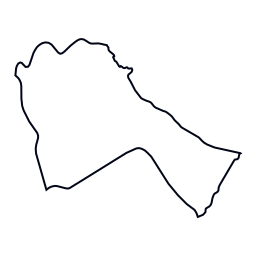 map outline of Sennar (Albers equal-area conic projection)
{"feature_id": "SDN-880", "entity_name": "Sennar", "entity_type": "Region", "adm_level": 1, "iso_a3": "SDN", "parent_name": "Sudan", "parent_adm1": "", "projection": "albers", "projection_center": [34.248, 12.985], "detail": "fine", "context": "isolated", "style": "outline", "palette": "ink", "viewbox_px": 256, "rotation_deg": 0, "n_neighbors": 0, "source": "natural_earth", "source_scale": "10m", "svg_char_len": 2284}
<svg xmlns="http://www.w3.org/2000/svg" viewBox="0 0 256 256"><path d="M205.6,209.9L205.5,211.4L205.4,212.2L203.0,214.8L197.8,216.9L196.5,213.1L194.9,210.4L194.3,209.7L186.8,204.1L178.1,195.4L168.5,183.8L151.3,156.7L147.5,152.8L144.8,150.4L141.8,148.8L139.1,148.1L136.4,148.4L126.4,152.9L69.8,188.0L68.4,188.5L66.1,188.4L57.2,186.1L55.0,185.9L53.3,186.2L51.6,186.6L50.0,187.3L48.7,188.0L46.4,189.8L36.1,153.6L35.7,148.7L36.3,144.5L38.1,138.0L38.1,135.5L37.2,132.9L29.2,121.5L23.6,110.3L22.2,105.9L21.4,98.7L21.3,86.1L20.9,83.1L20.1,81.1L19.1,79.2L18.1,77.9L15.4,75.4L16.1,68.4L16.8,66.1L18.2,63.6L20.1,62.5L21.7,62.9L25.5,66.9L27.9,66.8L29.5,64.8L33.4,53.2L34.9,50.3L36.9,47.2L39.4,44.9L42.2,43.2L45.4,42.4L48.6,42.8L51.6,44.6L58.1,52.5L60.0,53.7L61.9,53.4L64.2,51.8L70.6,45.6L75.5,41.7L78.1,40.0L80.2,39.2L81.3,39.1L82.3,39.2L83.5,39.4L84.4,39.8L89.5,43.0L90.5,43.4L92.6,43.6L98.3,43.4L101.9,44.0L103.6,44.5L106.8,45.1L107.3,46.1L108.2,47.2L108.4,47.4L108.4,47.8L108.5,49.4L108.7,50.0L109.1,50.7L109.9,51.6L113.3,54.3L114.0,55.3L114.2,55.8L114.3,56.2L114.1,56.5L113.8,56.6L113.4,56.7L113.2,57.1L113.2,57.5L114.0,58.8L114.3,59.9L114.7,60.6L115.1,61.1L115.8,61.4L116.3,61.7L119.0,66.1L119.7,66.8L120.1,66.8L120.6,66.1L121.0,66.2L121.8,66.7L123.2,67.8L124.2,68.1L125.1,68.0L126.5,67.3L126.9,67.3L127.4,67.5L128.1,68.4L128.8,68.6L129.6,68.6L130.5,68.4L131.3,68.4L131.8,68.5L132.0,69.1L132.2,69.6L132.2,70.4L131.9,71.2L131.6,71.9L131.0,72.5L130.4,73.0L129.8,73.5L128.6,74.5L128.2,75.1L128.0,75.9L128.1,76.8L128.3,77.6L128.6,78.3L130.7,81.7L135.1,90.3L141.1,98.1L142.8,99.1L146.1,100.6L149.1,101.6L149.9,102.0L150.8,102.5L151.7,103.4L153.8,106.1L154.3,106.6L154.9,107.1L156.0,107.8L163.3,111.0L164.2,111.2L165.5,111.6L167.4,112.8L170.5,115.2L171.9,116.5L174.7,120.3L178.7,124.1L181.0,126.9L181.9,127.6L198.4,137.2L199.6,138.2L201.7,140.5L204.0,142.6L207.1,144.5L214.6,147.5L240.5,153.2L240.6,153.3L239.6,153.8L239.3,154.0L239.3,154.4L238.8,156.5L238.7,157.3L238.4,158.2L237.6,159.0L237.0,159.3L235.5,159.4L234.8,159.7L234.1,160.5L219.6,185.2L218.7,187.4L218.5,189.7L218.3,190.7L217.6,191.7L216.8,192.4L215.1,193.3L214.3,194.0L213.7,194.9L212.4,198.4L211.6,202.7L210.9,204.6L209.4,206.4L206.5,208.1L205.8,208.8L205.6,209.6L205.6,209.9Z" fill="none" stroke="#020617" stroke-width="2"/></svg>